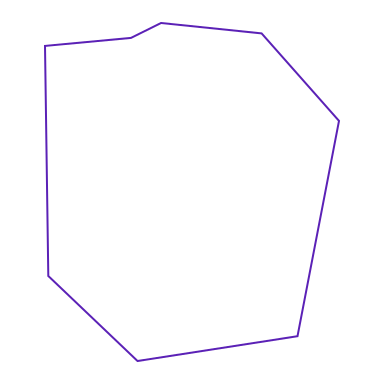 the district of Al Hawtah, Lahij, Yemen
{"feature_id": "15242507B35163519047813", "entity_name": "Al Hawtah", "entity_type": "district", "adm_level": 2, "iso_a3": "YEM", "parent_name": "Yemen", "parent_adm1": "Lahij", "projection": "albers", "projection_center": [44.876, 13.061], "detail": "fine", "context": "isolated", "style": "outline", "palette": "violet", "viewbox_px": 384, "rotation_deg": 0, "n_neighbors": 0, "source": "geoboundaries", "source_scale": "gbopen_adm2", "svg_char_len": 228}
<svg xmlns="http://www.w3.org/2000/svg" viewBox="0 0 384 384"><path d="M48.3,276.0L137.5,361.0L297.5,336.2L339.0,120.9L261.6,33.4L161.0,23.0L131.0,37.9L45.0,45.9L48.3,276.0Z" fill="none" stroke="#5b21b6" stroke-width="2"/></svg>